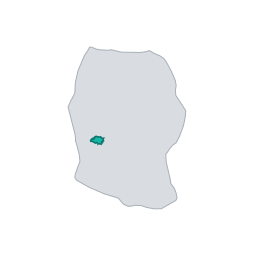 Manonyane, Maseru, Lesotho (highlighted), rotated 318°
{"feature_id": "5366337B83171462701560", "entity_name": "Manonyane", "entity_type": "district", "adm_level": 2, "iso_a3": "LSO", "parent_name": "Lesotho", "parent_adm1": "Maseru", "projection": "equal_earth", "projection_center": [27.717, -29.478], "detail": "fine", "context": "in_parent", "style": "filled", "palette": "teal", "viewbox_px": 256, "rotation_deg": 318, "n_neighbors": 0, "source": "geoboundaries", "source_scale": "gbopen_adm2", "svg_char_len": 3358}
<svg xmlns="http://www.w3.org/2000/svg" viewBox="0 0 256 256"><g transform="rotate(318 128 128)"><path d="M160.0,169.0L154.3,171.0L153.6,171.2L150.0,170.7L145.2,171.2L141.4,172.3L138.5,172.8L133.7,178.7L125.0,194.5L122.7,197.8L122.0,204.1L120.0,209.0L117.6,212.9L115.2,213.8L107.9,212.3L98.7,210.3L93.3,205.5L88.5,199.2L86.0,194.6L83.4,192.1L82.4,190.7L78.7,188.6L77.3,187.5L76.0,186.7L74.5,183.7L73.6,181.1L73.9,173.7L71.3,169.3L66.7,161.8L63.8,155.6L59.9,147.2L57.4,140.0L54.9,132.6L55.2,129.4L57.6,127.2L64.6,123.4L70.1,120.5L73.9,115.2L78.2,107.2L80.3,102.5L82.3,100.3L84.6,96.9L88.5,89.4L92.9,81.1L97.6,72.2L103.5,69.6L111.7,66.6L119.5,58.8L128.8,52.2L143.8,45.1L150.8,43.3L153.4,42.2L155.1,43.6L156.9,47.7L159.4,51.1L165.3,57.0L167.8,58.5L173.9,67.3L180.4,73.3L187.9,80.3L193.0,83.7L195.6,84.7L197.7,90.9L199.9,95.4L201.1,99.7L200.8,103.9L198.4,114.1L194.9,124.5L192.1,128.8L188.7,131.5L185.4,135.6L184.1,144.0L182.5,153.8L178.2,157.8L174.8,160.5L170.2,163.7L160.0,169.0Z" fill="#d9dde1" stroke="#a8b0b8" stroke-width="1"/><path d="M97.2,122.2L97.3,122.2L97.5,122.1L97.8,122.0L98.0,122.0L98.2,121.9L98.3,121.9L98.5,121.8L98.6,121.7L98.7,121.4L98.8,121.3L98.8,121.2L99.0,120.9L99.1,120.7L99.2,120.8L99.4,120.8L99.4,121.0L99.5,121.3L99.5,121.6L99.7,121.8L99.8,121.8L100.0,121.8L99.9,121.8L99.9,121.7L100.0,121.6L100.1,121.4L100.2,121.2L100.3,121.1L100.2,121.1L100.3,121.0L100.5,121.1L100.8,121.1L101.0,121.1L101.3,121.2L101.4,120.9L101.5,120.7L101.6,120.4L101.6,120.2L101.8,120.0L101.7,119.9L101.8,119.8L102.1,119.6L102.2,119.4L102.3,119.4L102.5,119.5L102.7,119.4L102.8,119.3L102.9,119.2L103.0,119.2L102.9,119.1L102.7,119.1L102.4,118.9L102.2,118.8L102.0,118.7L101.9,118.5L101.9,118.4L101.9,118.2L102.0,118.0L102.0,117.9L101.9,117.7L102.0,117.7L102.0,117.4L101.9,117.2L101.7,117.1L101.6,116.9L101.6,116.5L101.7,116.4L101.7,116.1L101.4,116.0L101.3,115.9L101.0,115.8L100.9,115.8L100.7,115.7L100.4,115.4L100.3,115.1L100.3,114.9L100.2,114.8L100.0,114.7L99.9,114.7L99.7,114.4L99.5,114.2L99.4,114.1L99.3,113.9L99.3,113.7L99.2,113.4L99.1,113.1L98.8,112.9L98.7,113.0L98.4,113.0L98.4,112.9L98.4,112.7L98.5,112.6L98.4,112.7L98.3,112.8L98.2,112.8L98.0,112.7L97.9,112.7L97.8,112.4L97.7,112.4L97.4,112.4L97.4,112.5L97.2,112.5L96.9,112.6L96.7,112.7L96.6,112.8L96.6,112.7L96.4,112.7L96.4,112.8L96.2,112.9L96.1,113.0L95.9,113.2L95.8,112.9L95.7,112.8L95.4,112.9L95.1,112.9L94.9,112.8L94.6,112.8L94.6,112.7L94.8,112.7L95.0,112.7L95.4,112.6L95.3,112.4L95.5,112.2L95.4,112.1L95.1,112.2L94.9,112.1L94.7,112.2L94.4,112.1L94.2,112.0L93.8,111.9L93.7,112.0L93.4,112.1L93.1,112.0L92.9,112.1L92.7,112.1L92.4,112.0L92.2,112.0L92.1,112.3L91.9,112.3L91.7,112.5L91.4,112.7L91.4,112.8L91.4,113.0L91.5,113.2L91.8,113.2L92.0,113.2L92.0,113.3L92.2,113.5L92.3,113.5L92.3,113.8L92.4,114.0L92.4,113.9L92.4,114.0L92.5,114.1L92.7,114.3L92.7,114.5L92.8,114.6L92.8,114.8L93.0,114.8L93.0,115.0L93.0,115.3L93.0,115.5L93.2,115.8L93.3,115.9L93.4,116.1L93.4,116.3L93.5,116.5L93.4,116.6L93.4,116.8L93.5,116.9L93.6,117.0L93.6,117.3L93.8,117.5L94.0,117.8L94.3,117.8L94.5,117.7L94.8,117.6L95.1,117.8L95.2,118.2L95.3,118.6L95.3,119.3L95.3,119.6L95.2,119.7L95.3,119.7L95.4,119.8L95.5,119.9L95.5,120.0L95.6,120.3L95.8,120.5L96.0,120.6L96.4,120.8L96.5,120.9L96.5,121.0L96.8,121.2L96.9,121.3L96.9,121.5L97.0,121.6L97.1,121.8L97.2,122.1L97.2,122.2Z" fill="#14b8a6" stroke="#0f766e" stroke-width="1.5"/></g></svg>